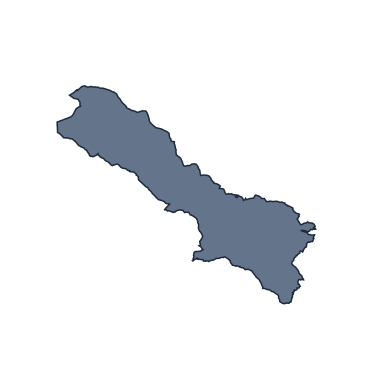 outline of Cernisoara, Vâlcea, Romania, rotated 156°
{"feature_id": "2599482B75338382819918", "entity_name": "Cernisoara", "entity_type": "district", "adm_level": 2, "iso_a3": "ROU", "parent_name": "Romania", "parent_adm1": "Vâlcea", "projection": "albers", "projection_center": [24.009, 45.016], "detail": "fine", "context": "isolated", "style": "filled", "palette": "slate", "viewbox_px": 384, "rotation_deg": 156, "n_neighbors": 0, "source": "geoboundaries", "source_scale": "gbopen_adm2", "svg_char_len": 6049}
<svg xmlns="http://www.w3.org/2000/svg" viewBox="0 0 384 384"><g transform="rotate(156 192 192)"><path d="M225.5,318.1L230.9,322.9L231.5,322.8L232.0,323.6L234.2,324.4L234.7,325.5L235.2,326.0L237.2,326.7L237.6,327.3L239.6,328.1L241.1,329.4L244.4,330.1L245.6,331.1L246.6,332.5L247.3,332.8L249.9,333.1L253.8,331.8L256.3,332.3L255.3,331.7L255.3,331.4L257.4,331.8L258.4,331.1L264.5,330.2L261.8,325.6L258.3,323.0L257.9,319.2L258.8,317.6L259.0,316.6L258.7,316.3L258.9,315.7L259.4,315.6L259.4,316.0L264.0,315.2L268.5,311.5L270.4,310.4L272.1,309.9L286.8,310.7L290.6,301.0L289.1,299.1L287.1,293.7L283.1,291.6L281.7,290.2L279.8,289.2L277.7,284.8L276.8,281.0L274.9,278.3L272.8,276.3L272.3,274.2L272.1,273.8L271.4,273.3L271.2,272.5L271.3,271.5L270.8,270.0L270.9,269.1L270.5,268.3L270.8,267.0L270.1,265.7L269.3,265.6L268.2,264.5L264.2,264.5L262.3,265.4L262.3,264.4L262.5,264.3L262.6,263.7L261.6,262.1L261.7,261.5L260.3,259.6L259.6,259.1L258.9,257.9L258.4,255.9L256.2,253.4L254.8,249.4L253.9,248.4L252.6,248.7L252.3,248.4L249.3,248.1L248.7,247.7L247.9,246.6L247.1,243.9L245.6,241.8L243.1,240.3L242.6,239.6L242.0,238.1L241.2,237.2L240.5,237.2L240.5,236.8L240.2,236.4L240.5,236.2L240.4,235.8L237.2,234.0L236.1,232.0L235.8,231.8L235.6,231.5L236.1,230.2L235.3,229.1L234.9,227.9L235.8,225.0L235.8,224.2L235.2,223.2L231.8,215.2L230.6,213.9L230.5,211.9L229.2,209.1L228.8,206.5L227.5,203.6L227.2,202.2L226.3,200.2L225.9,198.8L222.6,196.1L221.0,194.2L220.9,192.9L220.2,192.0L219.1,191.2L218.0,190.8L217.4,190.0L222.6,187.9L224.2,187.0L224.1,186.6L223.1,186.6L222.0,184.5L220.8,184.4L217.5,181.0L216.7,181.2L216.2,180.7L215.7,180.6L214.1,181.1L212.1,181.0L210.1,180.4L207.7,178.8L207.7,178.2L207.1,176.2L205.6,176.0L203.2,174.6L202.9,171.8L202.2,171.4L200.2,168.8L199.0,166.5L198.7,165.7L198.6,163.8L199.3,161.1L199.2,160.3L199.3,159.1L200.6,157.0L201.0,155.2L201.1,153.6L200.4,151.6L200.2,149.2L200.3,147.2L201.8,145.5L202.9,145.1L203.5,144.4L205.1,143.8L205.2,142.7L205.6,142.0L205.5,140.9L205.9,140.1L207.4,140.1L206.1,138.1L205.9,135.4L205.4,134.8L208.9,134.6L213.3,136.3L214.6,135.9L216.3,133.7L216.3,132.8L216.8,131.9L218.2,130.5L218.1,129.6L219.5,129.2L219.2,128.6L217.2,129.3L215.2,129.2L214.8,129.4L214.4,129.0L214.2,129.3L213.9,128.8L214.1,128.4L213.7,128.4L213.2,127.7L212.0,127.3L210.8,126.2L209.6,125.8L209.3,124.4L209.5,124.2L207.5,123.1L207.2,123.3L205.6,122.6L204.9,122.0L204.9,121.7L202.4,121.8L200.0,121.1L196.6,121.4L194.7,120.5L191.3,120.2L190.1,119.4L188.8,119.6L187.7,118.5L185.3,114.6L185.5,114.4L185.1,113.6L185.4,112.5L185.4,111.2L185.0,110.3L185.0,109.0L184.7,108.5L183.3,107.7L182.0,106.3L180.9,106.1L179.4,105.2L178.8,104.4L179.1,104.2L178.1,103.5L177.8,102.8L176.3,102.3L175.0,99.4L172.1,98.6L169.4,95.4L169.4,94.7L169.1,94.0L169.0,92.9L168.1,89.5L167.9,87.8L166.8,85.9L166.1,83.8L166.3,83.0L166.0,81.5L166.0,76.9L166.2,75.9L166.6,75.2L164.7,74.1L162.3,71.7L161.2,71.6L159.7,68.8L158.5,67.9L157.7,66.9L156.7,64.9L155.5,63.2L155.2,61.6L155.8,60.6L156.0,59.9L155.8,58.3L156.3,56.2L155.8,55.3L154.5,53.4L153.2,52.5L152.3,52.2L151.4,52.4L148.8,50.9L147.3,51.6L146.2,51.3L145.6,52.5L144.2,53.8L143.7,54.9L143.1,55.0L142.0,57.1L141.8,57.7L141.0,57.5L140.7,57.9L140.5,59.1L140.7,59.3L139.2,59.4L138.7,60.8L137.6,60.1L136.2,60.1L135.5,60.5L135.1,61.6L133.4,60.8L132.4,61.7L131.5,61.8L131.7,62.6L131.6,63.5L132.3,64.4L132.0,64.7L132.3,65.5L132.1,66.4L130.2,68.6L129.4,68.3L128.6,67.5L127.9,67.7L125.8,66.4L125.7,67.2L126.1,69.1L125.8,70.9L126.6,72.2L127.2,74.0L126.9,75.7L127.1,77.9L128.2,81.7L129.2,83.1L129.3,83.7L129.8,84.2L130.0,86.1L129.8,86.6L128.9,87.4L126.8,88.3L126.6,89.1L125.7,90.0L123.4,90.8L122.6,91.6L122.0,91.2L120.2,92.2L118.4,92.3L117.8,93.5L117.4,93.8L117.0,93.9L115.3,93.1L115.5,92.2L115.2,92.2L113.6,93.9L111.3,95.3L109.9,95.3L108.2,98.1L107.7,98.5L105.8,99.0L105.3,98.3L102.6,98.2L102.3,97.8L101.8,97.9L99.6,100.0L100.1,100.6L97.5,103.0L100.6,104.1L101.5,105.2L102.9,105.8L103.2,106.3L103.3,107.8L103.6,108.3L106.5,110.8L107.8,112.2L107.2,112.3L106.0,111.7L102.0,108.4L100.2,108.7L99.1,109.4L98.6,109.5L97.6,108.6L96.6,108.7L94.1,107.8L94.1,108.6L95.5,108.8L95.8,109.1L95.8,109.7L95.6,109.9L95.3,109.6L93.4,110.7L93.7,113.2L94.6,114.5L97.8,116.4L98.7,117.7L100.2,117.2L102.0,117.8L103.2,117.9L104.0,117.5L105.7,117.8L106.2,118.6L106.9,124.7L105.4,125.2L104.8,126.0L104.1,126.2L104.0,126.4L104.3,126.8L103.0,127.8L103.0,128.2L105.5,130.3L105.9,131.6L106.8,132.3L106.7,134.2L107.2,135.0L106.4,136.1L106.6,136.7L109.4,140.0L110.3,140.4L110.1,140.9L110.8,141.5L111.6,142.7L111.9,143.6L111.7,144.1L112.2,144.3L114.1,146.3L116.0,146.8L116.9,147.9L118.6,149.2L122.3,150.5L124.2,151.8L127.6,152.7L127.9,153.3L128.6,156.6L130.9,157.7L131.4,158.6L131.9,160.3L135.0,163.3L136.0,163.1L138.1,161.4L142.0,162.5L145.3,162.8L145.4,163.4L145.9,163.4L145.8,164.3L147.0,163.4L148.4,163.4L148.2,165.6L148.8,167.3L150.7,169.1L150.8,169.8L151.2,170.3L151.7,170.5L151.9,169.5L153.2,168.7L154.0,169.5L153.8,169.9L154.0,170.2L153.1,170.7L152.7,171.2L155.4,172.8L156.3,173.8L156.6,174.4L157.8,174.4L158.9,174.9L159.1,175.6L160.2,175.6L161.8,176.3L162.0,177.7L161.9,181.7L162.9,182.7L165.6,184.1L164.6,185.2L163.8,185.8L163.8,186.3L165.6,189.0L167.9,190.7L168.2,191.1L168.1,191.9L168.4,191.9L169.3,195.3L169.2,197.1L169.8,199.4L170.6,200.4L172.1,201.5L175.2,203.1L177.2,203.4L177.3,204.6L176.1,208.5L176.2,209.8L176.6,210.5L176.2,212.1L176.8,215.5L178.2,216.7L180.7,217.5L181.6,217.5L182.7,217.0L183.3,217.0L185.2,218.0L187.1,218.2L188.6,218.8L188.9,220.2L188.9,221.7L188.6,223.1L188.7,227.6L191.2,232.4L190.2,235.7L189.3,237.0L189.5,237.8L188.6,241.9L188.6,243.1L187.7,245.1L190.1,246.7L190.3,247.2L190.2,248.2L189.7,248.9L190.1,249.6L190.1,251.8L189.1,254.9L190.0,256.8L194.5,262.2L198.9,265.5L201.3,270.5L202.1,273.8L201.4,276.7L200.9,280.5L200.9,283.1L201.3,284.8L204.5,286.4L209.6,286.9L211.2,289.0L214.4,291.5L215.0,292.7L215.8,293.4L217.2,295.1L217.5,295.9L217.2,296.8L217.9,298.2L217.9,298.8L219.0,300.9L219.9,304.3L219.8,305.4L220.9,309.0L221.0,312.2L222.7,315.1L224.0,316.0L225.5,318.1Z" fill="#64748b" stroke="#1e293b" stroke-width="1.5"/></g></svg>